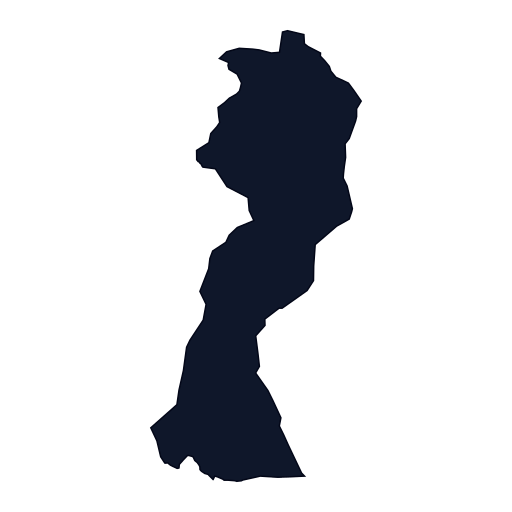 U'yench, Hovd, Mongolia (Albers equal-area conic projection)
{"feature_id": "93677404B15711352976566", "entity_name": "U'yench", "entity_type": "district", "adm_level": 2, "iso_a3": "MNG", "parent_name": "Mongolia", "parent_adm1": "Hovd", "projection": "albers", "projection_center": [91.693, 45.879], "detail": "fine", "context": "isolated", "style": "filled", "palette": "ink", "viewbox_px": 512, "rotation_deg": 0, "n_neighbors": 0, "source": "geoboundaries", "source_scale": "gbopen_adm2", "svg_char_len": 2441}
<svg xmlns="http://www.w3.org/2000/svg" viewBox="0 0 512 512"><path d="M361.2,101.1L353.8,90.4L348.4,83.1L344.0,81.0L336.6,77.6L335.9,77.3L330.9,71.2L329.3,66.4L324.6,60.6L320.4,56.2L320.5,53.0L308.1,46.6L304.4,43.7L303.9,34.6L287.5,30.7L282.5,32.0L279.5,52.3L271.3,53.0L259.1,49.9L252.5,49.1L239.2,48.3L226.6,51.8L219.4,58.5L228.6,62.5L228.0,65.5L229.0,69.3L237.1,74.1L241.5,83.0L240.4,87.9L239.4,91.2L236.5,94.1L229.4,98.1L224.5,102.7L218.0,107.5L218.8,116.8L219.7,122.5L216.8,126.8L210.8,133.5L208.9,142.7L196.6,150.4L196.7,159.8L197.0,160.1L197.4,160.5L197.7,161.0L198.2,161.6L198.9,161.8L199.5,162.4L199.9,163.1L200.2,163.4L200.7,163.6L201.1,164.1L201.4,164.8L201.9,165.5L202.0,166.0L202.9,167.1L215.4,168.8L227.0,186.6L248.1,197.6L249.2,210.5L253.9,220.6L237.3,227.5L229.2,235.2L225.9,242.3L212.7,251.0L209.9,258.5L208.7,268.7L199.9,291.4L206.1,304.3L203.2,320.1L190.0,340.1L186.6,347.2L183.4,370.6L179.0,390.1L176.9,404.7L150.8,427.8L156.9,440.8L160.7,456.8L164.1,462.0L164.9,463.1L165.8,463.1L167.0,463.0L167.9,463.0L169.1,464.1L169.3,464.2L169.9,464.7L170.2,465.0L173.1,466.5L173.6,466.7L176.8,468.2L177.0,468.3L177.9,468.3L179.0,467.9L179.0,467.2L179.1,466.9L179.1,466.4L179.3,464.6L179.4,464.3L181.0,462.5L182.1,461.3L183.1,460.1L187.4,455.6L188.4,455.4L188.6,455.5L188.8,455.5L189.6,455.7L192.1,456.4L192.7,456.6L193.5,457.6L193.6,457.9L194.0,458.8L194.7,460.3L194.8,460.3L194.9,460.6L195.4,461.0L195.6,461.2L197.1,462.4L197.5,462.9L198.2,463.9L198.8,464.7L199.0,465.1L199.7,466.4L199.8,466.6L199.9,467.5L200.0,469.6L201.4,471.2L204.4,473.2L204.6,473.4L208.1,474.4L208.4,474.7L209.2,475.6L213.1,479.5L213.2,479.4L214.1,477.4L214.7,476.1L217.3,476.8L222.7,479.1L223.1,479.4L224.1,480.2L226.2,480.2L228.0,480.2L234.6,480.7L236.6,481.2L236.8,481.3L237.3,481.2L241.3,480.8L242.9,480.0L251.0,478.2L258.2,476.6L260.2,476.1L268.1,476.6L272.0,476.8L272.5,476.9L274.2,477.0L277.8,477.2L281.4,477.1L282.1,477.0L286.9,476.9L292.0,476.7L296.1,476.5L304.5,476.1L301.6,473.1L288.1,444.7L283.7,434.9L279.3,426.0L280.9,417.8L273.0,400.8L267.9,390.5L255.6,373.0L259.4,366.4L257.9,353.1L255.7,335.8L265.0,325.4L264.8,319.1L279.0,308.2L282.1,308.2L307.1,290.5L313.5,280.6L313.7,265.9L315.2,244.6L336.7,226.1L349.2,219.1L351.6,211.9L352.4,208.7L347.1,186.0L343.2,178.1L343.5,173.7L344.3,166.4L345.6,157.4L345.1,143.8L349.2,138.6L354.5,124.0L355.6,120.9L356.6,116.6L356.6,108.7L361.2,101.1Z" fill="#0f172a" stroke="#020617" stroke-width="1.5"/></svg>